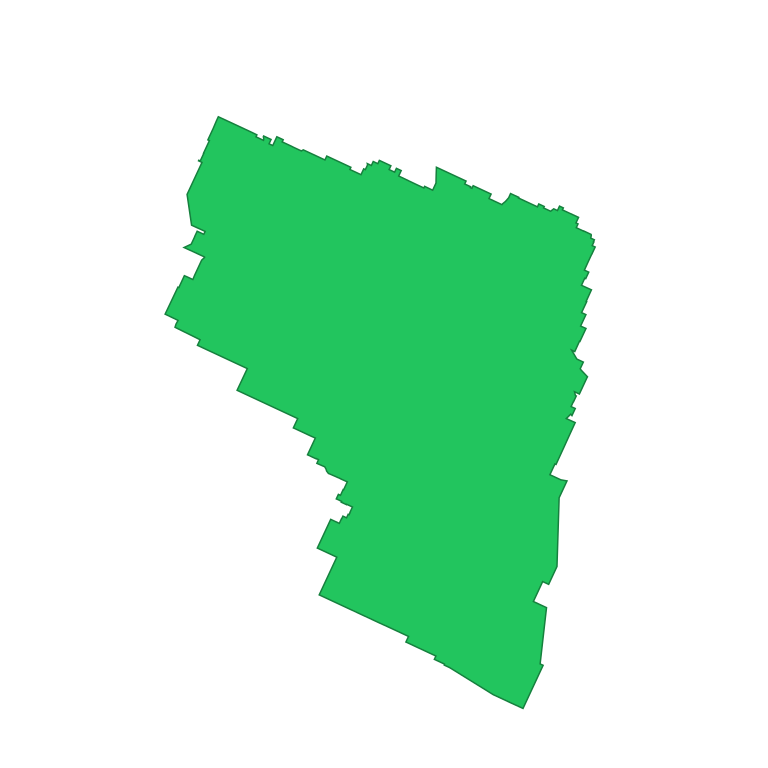 Williams, Western Australia, Australia, rotated 295°
{"feature_id": "25037944B87064425958741", "entity_name": "Williams", "entity_type": "district", "adm_level": 2, "iso_a3": "AUS", "parent_name": "Australia", "parent_adm1": "Western Australia", "projection": "natural_earth1", "projection_center": [116.768, -33.052], "detail": "fine", "context": "isolated", "style": "filled", "palette": "green", "viewbox_px": 768, "rotation_deg": 295, "n_neighbors": 0, "source": "geoboundaries", "source_scale": "gbopen_adm2", "svg_char_len": 3663}
<svg xmlns="http://www.w3.org/2000/svg" viewBox="0 0 768 768"><g transform="rotate(295 384 384)"><path d="M165.5,414.4L165.5,436.3L165.5,436.7L165.5,440.9L165.5,444.9L165.5,448.9L165.5,460.9L165.5,464.9L165.5,476.9L165.5,480.9L165.6,492.9L165.6,496.9L165.6,508.9L165.6,512.9L159.4,512.9L159.4,526.0L159.4,537.8L159.4,546.0L155.7,546.0L155.7,557.2L154.7,557.4L154.7,560.4L154.7,563.3L148.9,611.9L148.6,614.4L148.6,634.8L148.7,647.1L196.3,647.1L196.3,643.8L224.9,634.2L228.5,633.0L250.0,625.8L250.0,611.3L258.5,611.3L272.0,611.3L272.0,617.9L282.1,617.9L291.7,617.9L354.9,590.8L365.4,590.8L373.5,590.8L371.9,584.8L371.9,582.1L371.9,579.3L371.9,572.7L383.7,572.7L383.8,572.7L383.8,573.9L402.7,573.8L412.6,573.7L429.7,573.6L429.8,573.6L429.7,563.8L435.6,566.0L434.8,567.7L442.6,567.7L442.6,563.1L448.1,563.1L448.1,563.3L454.4,563.3L454.4,562.4L457.5,559.9L457.5,565.3L468.6,565.3L475.7,565.3L476.5,565.4L479.9,556.9L480.7,555.4L488.1,555.4L488.1,552.1L488.1,548.3L488.6,547.5L494.0,539.7L494.0,543.2L505.4,543.1L505.4,543.6L519.7,543.6L519.6,537.7L532.2,537.7L532.2,532.9L544.3,532.9L544.3,532.3L557.0,532.2L556.9,521.3L564.7,521.2L564.7,522.3L571.9,522.3L571.9,517.5L581.2,517.4L588.8,517.4L589.2,517.5L594.7,517.5L597.4,517.5L597.4,514.2L601.4,514.2L601.4,513.7L603.6,513.7L603.6,509.7L606.2,509.1L607.1,508.5L607.1,500.4L606.9,500.4L606.9,492.2L611.1,492.2L611.1,489.9L617.2,489.9L617.2,472.1L619.4,472.1L619.4,467.9L614.5,467.9L614.5,463.8L611.0,462.0L611.0,461.8L611.0,454.2L612.6,454.2L612.6,448.2L609.4,448.2L609.4,435.0L609.4,427.3L610.1,427.3L610.1,418.2L605.5,418.3L600.7,416.9L597.6,415.4L596.4,415.1L596.4,400.8L601.4,400.8L601.4,385.9L601.4,381.0L598.5,381.0L598.5,379.2L599.4,379.2L599.4,372.6L602.6,372.6L602.6,339.9L595.6,342.9L588.3,346.1L588.1,346.2L580.2,346.2L580.3,337.3L578.5,337.3L578.5,328.6L578.7,309.4L584.7,309.4L584.7,304.1L580.5,304.1L580.5,298.0L584.7,298.0L584.7,285.3L581.1,285.3L581.1,280.2L576.7,280.2L576.7,275.7L575.6,276.5L570.4,276.5L570.4,274.7L564.0,274.7L564.0,272.7L564.0,270.6L564.0,262.4L566.4,262.4L566.4,245.7L566.4,242.9L566.4,235.8L562.1,235.8L562.1,228.8L562.1,215.5L562.1,211.9L560.3,210.6L560.3,202.9L560.3,201.9L560.4,199.4L560.4,195.6L560.4,189.4L562.8,189.4L562.8,182.6L562.8,182.4L553.1,182.4L553.1,178.3L557.9,178.3L557.9,170.1L557.2,170.1L555.2,171.5L553.9,171.8L553.9,163.5L556.1,163.5L556.2,158.0L556.2,120.9L552.1,120.9L543.4,121.2L537.1,121.2L530.8,121.2L530.8,122.9L525.4,122.9L516.9,122.9L516.9,123.2L508.5,123.2L508.5,121.6L507.9,121.6L507.9,125.4L487.0,125.4L477.5,125.4L472.6,125.4L446.6,142.5L446.7,157.4L443.5,157.4L443.5,150.1L437.6,150.1L437.4,150.2L429.3,150.2L423.2,145.1L423.3,167.6L422.9,167.9L419.2,166.4L416.8,166.4L402.6,166.4L397.9,166.6L397.9,160.4L397.8,157.3L384.7,157.3L384.7,156.3L369.3,156.2L354.8,156.1L354.7,164.8L354.6,170.5L350.5,170.2L347.1,170.6L347.0,173.0L346.8,181.8L346.4,198.6L340.2,198.6L340.2,210.5L340.2,240.4L340.2,253.6L316.2,253.5L316.2,266.2L316.2,270.0L316.2,281.7L316.2,289.8L316.2,306.1L316.2,320.4L305.9,320.4L305.9,340.1L306.0,344.6L297.7,344.6L287.5,344.6L287.5,354.2L287.8,354.2L287.8,356.6L283.7,356.7L283.9,365.1L283.9,365.3L282.2,367.6L280.9,368.7L279.4,371.5L279.5,372.0L279.6,375.6L279.6,376.0L279.7,379.1L279.7,381.6L279.8,382.7L279.8,383.1L279.8,384.9L279.7,384.9L279.8,392.1L276.7,392.1L271.1,392.1L271.1,391.6L265.9,391.6L264.7,391.6L264.7,389.3L259.7,389.3L259.7,395.2L258.8,395.2L258.8,401.1L259.2,401.1L259.2,407.4L253.2,407.4L253.1,407.6L250.8,407.6L250.8,406.6L246.9,406.6L246.9,402.6L243.8,402.6L243.8,402.4L238.8,402.4L238.8,394.3L238.8,392.9L207.1,392.9L207.1,414.4L165.5,414.4Z" fill="#22c55e" stroke="#15803d" stroke-width="1.5"/></g></svg>